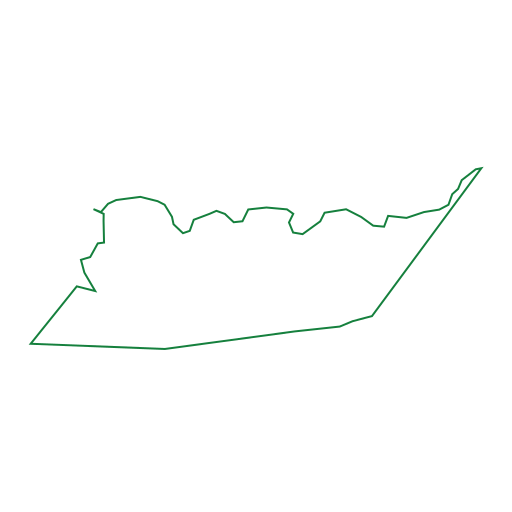 outline of Umatac, Guam, rotated 103°
{"feature_id": "77769853B97114790292533", "entity_name": "Umatac", "entity_type": "district", "adm_level": 2, "iso_a3": "GUM", "parent_name": "Guam", "parent_adm1": "", "projection": "equal_earth", "projection_center": [144.66, 13.31], "detail": "fine", "context": "isolated", "style": "outline", "palette": "green", "viewbox_px": 512, "rotation_deg": 103, "n_neighbors": 0, "source": "geoboundaries", "source_scale": "gbopen_adm2", "svg_char_len": 890}
<svg xmlns="http://www.w3.org/2000/svg" viewBox="0 0 512 512"><g transform="rotate(103 256 256)"><path d="M119.8,56.2L122.1,61.4L135.8,72.6L145.2,74.2L151.6,78.7L162.8,80.0L169.6,87.9L175.4,102.2L185.0,117.9L187.2,136.3L198.6,137.8L200.1,148.6L194.3,162.3L190.2,178.7L198.4,198.9L207.8,201.2L224.2,215.5L224.8,225.1L215.9,231.4L206.5,229.2L203.6,236.3L206.4,256.7L212.4,274.0L225.2,277.0L228.1,285.3L223.1,293.9L222.0,295.7L220.9,304.7L225.4,310.8L231.0,319.2L234.7,324.8L246.4,326.2L250.2,332.3L243.6,343.5L236.7,346.7L226.6,356.6L224.7,364.2L224.4,382.0L232.9,404.8L238.4,411.9L248.1,417.0L246.9,424.9L249.2,413.9L256.2,412.4L277.1,407.1L279.3,413.0L294.3,417.3L299.1,425.7L310.8,419.5L326.3,404.8L325.9,423.8L353.1,436.9L375.4,447.7L392.2,455.8L367.1,323.9L320.8,201.4L305.9,158.5L297.8,147.2L291.3,134.9L288.5,129.5L119.8,56.2Z" fill="none" stroke="#15803d" stroke-width="2"/></g></svg>